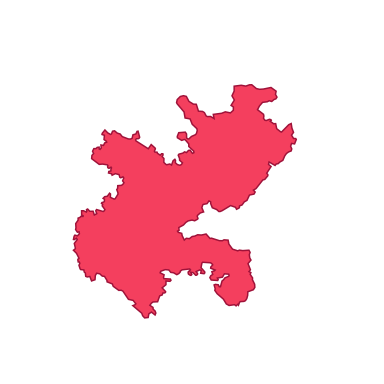 an SVG outline of Chelyabinsk, rotated 216°
{"feature_id": "RUS-2379", "entity_name": "Chelyabinsk", "entity_type": "Region", "adm_level": 1, "iso_a3": "RUS", "parent_name": "Russia", "parent_adm1": "", "projection": "orthographic", "projection_center": [60.252, 54.184], "detail": "fine", "context": "isolated", "style": "filled", "palette": "rose", "viewbox_px": 384, "rotation_deg": 216, "n_neighbors": 0, "source": "natural_earth", "source_scale": "10m", "svg_char_len": 6074}
<svg xmlns="http://www.w3.org/2000/svg" viewBox="0 0 384 384"><g transform="rotate(216 192 192)"><path d="M298.9,191.0L294.9,190.3L291.7,190.7L291.3,191.6L292.0,194.5L290.6,196.0L287.1,195.7L284.2,196.7L281.0,195.8L274.7,197.5L273.0,198.6L272.0,200.2L273.4,203.6L271.5,206.0L272.1,208.7L271.4,209.5L266.5,205.5L266.4,204.3L266.8,203.5L268.3,202.4L268.3,201.0L267.2,200.4L252.8,201.3L252.9,206.4L247.8,205.9L247.0,205.4L246.4,202.9L245.4,202.5L243.7,203.7L242.7,203.0L239.4,203.1L239.1,205.1L238.1,205.8L237.2,205.0L237.0,203.1L234.4,202.6L232.2,199.4L229.4,199.0L228.5,199.2L226.4,201.6L224.4,201.8L225.7,206.3L225.1,208.4L223.9,207.9L222.7,205.9L219.9,205.6L217.5,206.5L216.7,208.0L216.9,210.0L220.7,210.4L221.7,211.7L224.8,213.7L224.8,215.0L222.3,218.0L221.6,220.1L219.6,220.7L219.3,223.6L218.1,224.7L214.4,223.5L213.6,224.9L214.6,226.1L221.3,226.9L222.9,229.0L227.9,230.2L229.1,230.0L230.7,227.7L235.7,227.3L236.6,228.3L237.6,232.2L232.6,236.5L230.5,235.7L228.1,232.5L226.3,232.6L225.7,233.2L225.1,236.6L222.9,240.4L222.8,241.9L223.9,244.8L225.3,246.1L231.6,246.9L236.5,250.0L241.1,247.8L245.5,252.1L255.8,254.6L257.0,255.2L258.3,258.1L257.6,262.4L255.5,264.9L252.8,266.0L247.7,263.5L242.5,263.9L240.1,265.5L234.3,261.2L230.8,263.4L228.6,263.5L225.1,261.8L223.8,262.1L221.4,264.0L217.3,264.4L220.4,267.3L214.2,273.2L212.2,276.4L207.4,278.6L206.6,282.4L208.5,285.1L211.3,285.0L211.8,291.3L216.2,293.3L217.2,298.4L220.1,302.4L214.9,307.3L210.7,309.3L208.6,312.4L206.7,313.9L200.7,313.5L197.7,314.8L194.8,317.2L189.5,323.0L183.2,323.0L181.8,320.0L179.0,318.7L178.9,316.6L180.0,315.1L180.7,312.1L183.2,311.2L184.1,309.3L187.6,306.0L188.0,301.3L187.4,297.1L179.8,296.9L178.5,295.7L177.4,293.6L175.2,292.9L173.9,293.5L172.1,296.3L170.7,296.9L170.0,296.6L170.3,295.2L166.1,295.2L164.5,296.5L160.7,293.0L155.7,292.8L154.8,293.2L153.3,303.3L152.0,305.7L148.7,302.4L144.9,299.9L144.9,296.5L141.3,295.0L139.5,296.2L138.5,295.8L137.3,291.2L140.0,289.8L139.1,287.0L136.6,285.5L135.9,283.5L137.4,281.2L138.2,278.7L138.2,275.8L137.1,271.0L138.5,268.0L139.0,265.5L140.3,264.2L140.4,262.3L147.3,261.6L146.3,259.3L143.0,259.1L142.6,251.1L140.8,250.6L140.2,249.7L140.5,245.0L141.8,243.3L142.2,232.4L143.4,229.6L140.9,229.1L140.6,226.8L143.7,223.3L142.6,217.5L143.9,214.8L143.9,210.9L145.4,208.7L144.5,207.2L144.6,206.5L145.8,204.2L147.8,205.2L152.8,203.7L156.7,194.5L157.8,192.7L158.8,192.0L161.8,192.3L166.3,191.2L170.1,193.6L171.1,195.0L173.0,194.8L173.0,191.4L175.6,188.6L175.7,187.9L174.8,185.1L170.9,182.7L173.0,179.9L173.8,176.3L173.6,175.5L171.6,174.1L171.5,173.3L172.9,170.3L175.5,169.3L178.1,166.4L179.1,163.8L179.5,160.3L181.8,155.5L179.9,153.4L180.7,151.8L179.3,151.3L176.0,152.5L174.3,150.9L170.0,148.6L169.4,151.2L166.7,152.7L165.7,156.1L163.8,158.0L162.3,160.7L159.1,162.7L155.9,166.3L150.2,165.0L149.1,166.1L141.3,168.7L138.8,170.4L138.0,172.1L134.5,174.3L131.5,171.5L125.6,169.6L120.4,171.3L119.5,172.8L116.5,174.4L111.7,178.4L109.5,177.3L108.8,175.0L106.5,172.6L104.3,171.6L104.6,167.0L99.0,163.4L99.1,161.1L97.0,161.4L96.6,159.6L92.5,158.1L91.6,156.6L87.1,154.2L85.1,151.8L84.9,149.0L88.2,144.1L86.2,141.1L85.0,137.9L84.9,135.5L85.7,134.0L88.5,131.7L88.7,130.7L87.9,127.8L88.9,128.2L89.4,125.8L91.4,125.8L95.3,122.0L98.4,121.6L103.7,123.8L111.9,124.5L115.7,125.8L116.4,127.4L119.5,129.8L118.8,131.0L116.2,132.4L114.3,131.4L113.3,132.1L115.4,137.7L114.9,139.5L114.9,141.9L112.8,145.3L112.8,146.1L114.0,147.1L117.7,144.8L117.3,141.0L120.9,137.3L119.3,136.5L119.2,135.5L124.7,132.1L127.2,133.2L127.6,135.2L126.8,137.5L129.1,139.2L127.5,141.6L127.4,142.5L132.1,141.3L132.7,142.3L132.4,145.2L133.0,145.5L135.3,145.7L142.1,141.4L142.2,140.3L140.2,136.1L134.8,134.9L134.1,134.1L134.2,133.0L137.2,131.4L138.4,133.9L139.9,133.5L141.9,130.1L139.5,129.3L139.1,128.5L139.4,127.4L140.1,126.8L143.8,127.4L146.0,126.3L143.6,125.1L143.8,124.0L144.4,123.6L146.6,123.5L147.7,124.4L148.1,125.2L147.5,128.1L148.6,128.4L154.2,123.3L154.9,121.3L154.5,120.3L154.7,118.3L155.7,116.2L159.5,115.8L161.9,114.5L165.0,115.3L168.1,113.4L170.7,109.5L170.3,107.9L165.9,108.6L164.8,106.1L163.8,105.4L158.3,108.9L157.1,108.2L157.3,106.8L160.7,104.7L158.6,101.7L159.8,96.9L154.8,95.9L154.5,95.3L154.7,94.4L156.2,93.1L155.6,91.2L157.1,89.0L155.3,83.0L158.9,80.1L159.5,78.1L159.5,75.6L155.7,75.7L154.6,74.4L151.8,74.0L150.1,72.8L149.6,70.8L154.2,71.0L155.3,68.1L153.7,64.7L156.3,62.3L159.2,62.9L161.4,64.4L173.1,65.3L171.9,67.2L171.7,68.5L175.9,69.7L180.3,67.8L189.6,71.2L191.5,70.9L193.4,69.4L200.3,69.4L202.4,70.8L207.9,69.4L208.8,70.5L213.2,72.3L215.2,71.2L218.6,71.6L221.4,70.2L221.1,67.6L218.9,64.0L221.0,61.0L225.0,63.6L226.8,61.7L228.4,61.3L230.7,63.8L232.1,63.9L233.7,65.4L236.5,63.8L237.4,64.1L240.4,66.3L240.8,68.3L242.0,69.1L242.9,68.5L244.5,70.0L244.8,70.6L244.4,71.7L244.9,72.2L249.4,74.5L253.7,75.2L253.1,77.2L253.3,78.0L257.0,81.2L256.9,86.1L258.3,86.7L259.3,84.2L260.0,83.9L261.4,87.0L261.4,88.3L258.9,89.2L258.6,92.1L260.0,93.4L261.1,92.1L264.1,93.2L264.8,94.8L267.5,98.1L267.6,102.3L268.8,103.9L267.7,105.6L267.6,106.8L265.8,108.2L266.2,108.8L267.8,108.5L270.3,111.9L268.7,113.1L265.7,113.7L265.9,114.8L267.0,115.8L266.4,116.9L263.4,116.3L260.7,118.3L257.5,116.0L256.3,118.5L258.8,120.2L258.9,121.7L252.4,124.0L252.0,125.0L252.1,126.6L256.5,128.0L257.0,129.5L258.6,129.6L258.7,130.5L257.5,132.0L257.4,133.0L258.6,134.7L260.2,134.6L259.9,136.9L258.0,138.8L258.0,142.6L256.8,142.5L254.9,139.7L250.8,140.5L250.2,141.4L250.6,146.6L251.4,147.8L254.3,149.7L254.3,151.2L255.8,153.5L252.9,156.0L252.4,158.0L252.5,159.5L254.7,160.2L255.4,163.2L256.8,163.7L258.0,161.6L259.1,161.5L261.2,163.2L264.8,161.8L266.5,158.6L267.7,159.5L270.7,158.3L271.4,159.7L270.0,161.4L271.0,162.8L271.3,164.2L272.1,164.5L273.1,162.3L274.4,162.2L275.2,162.9L275.7,164.1L276.4,164.2L280.8,162.0L283.3,159.8L292.8,160.0L294.5,162.8L294.2,165.3L296.4,166.5L296.9,169.4L295.2,170.7L294.9,172.4L293.5,173.7L292.3,172.2L291.4,172.4L291.3,174.3L293.3,176.5L291.0,177.7L291.5,180.4L290.3,182.1L291.1,182.7L294.0,182.7L296.2,186.4L298.6,185.6L299.1,186.7L298.9,191.0Z" fill="#f43f5e" stroke="#9f1239" stroke-width="1.5"/></g></svg>